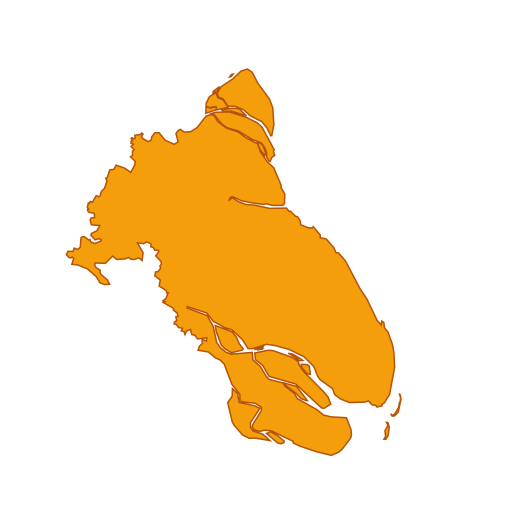 outline of Pyapon, Ayeyarwady, Myanmar, rotated 287°
{"feature_id": "60261553B36201163114452", "entity_name": "Pyapon", "entity_type": "district", "adm_level": 2, "iso_a3": "MMR", "parent_name": "Myanmar", "parent_adm1": "Ayeyarwady", "projection": "orthographic", "projection_center": [95.471, 16.16], "detail": "fine", "context": "isolated", "style": "filled", "palette": "amber", "viewbox_px": 512, "rotation_deg": 287, "n_neighbors": 0, "source": "geoboundaries", "source_scale": "gbopen_adm2", "svg_char_len": 6097}
<svg xmlns="http://www.w3.org/2000/svg" viewBox="0 0 512 512"><g transform="rotate(287 256 256)"><path d="M146.7,247.0L145.9,252.7L143.3,257.2L126.1,270.6L119.0,281.0L113.0,283.0L112.5,285.7L114.9,298.0L113.1,305.2L109.9,306.4L94.0,302.2L91.5,302.3L89.1,305.1L89.5,311.1L92.0,315.3L93.3,322.0L89.6,345.8L88.1,346.2L87.0,353.5L86.5,371.6L87.4,386.3L92.5,392.4L96.5,394.9L109.4,399.7L112.9,399.6L117.9,397.5L127.8,389.8L124.1,374.8L123.7,367.1L126.9,359.0L131.6,337.4L135.8,332.7L140.0,321.7L142.5,318.8L141.8,304.7L143.8,301.1L151.5,292.7L155.7,283.5L162.7,280.6L154.8,260.7L155.2,255.3L158.1,248.5L161.8,243.7L176.1,235.7L184.7,226.8L186.1,205.3L187.6,205.1L187.1,225.5L181.0,234.4L178.3,247.7L178.5,254.3L172.0,267.5L165.1,275.6L166.3,279.6L174.5,291.6L176.0,300.8L176.3,315.2L173.7,331.3L167.2,343.7L158.8,350.3L156.4,353.7L151.5,368.1L146.6,371.6L144.0,378.5L143.2,388.4L148.1,402.7L150.3,406.0L147.6,410.3L148.1,414.5L146.9,415.9L149.5,420.2L151.0,419.8L152.8,421.6L162.7,424.2L190.2,421.1L204.0,416.1L211.3,412.3L221.8,404.5L224.9,399.9L229.9,397.6L230.6,395.3L226.7,395.8L230.0,390.5L247.4,374.5L254.4,365.8L277.5,342.9L283.1,333.9L282.5,331.6L286.8,328.0L292.9,318.0L292.2,312.1L295.0,311.2L300.8,302.1L299.1,301.4L298.3,297.9L298.8,289.8L302.4,288.1L305.6,284.4L305.6,282.1L308.9,275.8L308.3,274.6L310.7,271.1L305.5,254.9L304.2,239.5L302.3,231.6L302.8,223.5L304.7,216.4L300.9,213.6L304.9,214.5L305.9,216.7L304.6,225.6L305.5,235.7L307.5,248.1L308.9,250.3L309.2,256.9L312.2,266.7L314.5,267.9L323.7,265.4L328.8,260.0L331.2,259.2L345.6,247.1L349.1,239.7L356.8,229.8L363.7,224.7L366.2,211.6L369.3,202.9L369.7,190.0L373.4,179.9L377.8,175.1L378.2,171.6L375.1,167.3L361.7,162.2L356.0,157.5L353.5,151.4L355.0,146.5L353.0,144.7L349.6,143.7L342.5,148.1L339.0,145.3L340.1,135.4L345.6,127.2L344.3,123.3L339.7,121.5L335.8,121.8L333.9,119.3L335.3,113.1L336.8,111.5L339.6,112.3L340.2,110.8L338.4,109.9L336.0,104.8L333.2,106.1L332.3,105.1L332.9,102.8L331.9,102.2L330.0,104.3L329.3,103.1L327.3,103.4L327.0,106.0L324.1,104.5L322.0,108.5L320.1,107.2L316.1,108.5L314.2,106.9L311.2,112.8L307.6,113.4L299.4,111.8L301.6,104.8L302.0,95.7L297.3,94.7L295.5,90.9L287.3,90.8L286.5,89.6L284.0,91.6L276.4,91.3L272.7,89.3L268.0,89.4L266.7,88.4L267.0,85.5L259.7,83.9L259.7,81.5L257.8,81.4L257.7,80.2L253.3,80.4L252.0,82.3L251.5,81.3L250.2,81.6L248.9,83.6L249.6,88.5L248.6,89.3L245.6,90.3L244.2,87.3L242.1,86.8L237.7,89.4L239.5,97.8L233.6,96.4L229.4,92.0L227.7,92.0L224.4,97.4L226.7,100.8L226.3,103.1L225.0,103.4L220.8,98.1L221.2,93.6L223.1,92.6L222.4,91.3L224.3,86.2L223.4,84.1L222.3,83.3L212.9,85.4L210.1,83.3L210.4,79.8L206.8,79.6L205.5,74.8L201.8,74.3L200.0,77.5L199.9,79.5L201.3,80.4L200.4,82.3L194.2,82.3L195.3,87.7L194.5,98.3L189.6,109.2L184.7,114.7L184.5,119.8L186.1,124.3L189.7,120.9L192.7,113.8L194.4,111.7L196.8,111.2L198.2,106.4L200.1,104.4L202.3,104.3L204.9,114.0L214.0,119.0L211.9,123.8L215.0,131.7L217.4,134.6L216.4,136.6L216.9,140.3L220.0,144.6L218.3,148.4L226.1,147.1L233.9,138.7L235.0,145.1L237.5,147.2L237.3,150.6L236.5,152.3L234.1,152.6L234.0,155.5L231.9,157.4L233.0,160.8L231.7,161.8L226.9,160.0L222.9,166.9L220.5,167.9L218.4,167.0L216.3,168.3L212.4,167.0L211.4,164.6L207.4,165.0L205.1,171.4L198.8,172.3L196.9,179.9L194.5,181.8L195.0,182.7L189.1,182.3L185.9,180.1L185.7,182.4L184.4,181.0L181.8,192.4L180.0,192.9L178.5,197.1L175.6,199.0L174.4,197.1L171.0,199.1L169.1,197.3L167.0,197.6L167.2,199.9L165.0,202.7L165.4,206.9L162.5,206.4L162.8,209.2L160.1,211.1L164.0,211.6L166.7,214.8L162.0,217.6L162.4,220.5L159.6,224.3L163.4,232.8L160.1,233.5L160.5,228.9L156.6,230.1L153.0,228.2L148.9,228.2L150.3,238.7L146.7,247.0ZM375.6,235.9L386.8,234.7L402.8,228.6L409.9,223.1L421.6,207.5L430.6,198.6L432.3,193.2L428.3,187.5L418.6,182.1L407.7,173.1L400.7,171.4L397.0,173.5L396.7,178.6L391.1,185.4L393.1,192.1L392.2,201.3L388.4,209.6L386.2,222.3L381.7,229.0L375.3,234.9L375.6,235.9ZM136.2,370.8L142.0,366.3L145.8,360.7L159.3,335.5L164.6,328.9L167.3,327.3L169.6,320.4L170.5,299.8L169.4,295.2L162.9,283.2L156.7,285.8L153.3,294.4L144.7,303.7L145.2,331.4L129.9,363.1L130.2,365.5L136.2,370.8ZM363.1,242.2L381.0,224.0L383.8,217.8L385.7,206.7L386.0,188.5L381.6,175.3L379.1,171.6L378.9,174.7L372.3,184.7L370.2,191.1L370.5,202.4L366.4,217.9L365.7,228.2L362.3,232.6L358.0,235.9L353.5,237.3L350.4,241.0L350.5,241.9L354.7,242.3L357.9,244.5L360.7,242.3L363.1,242.2ZM115.0,274.2L107.5,271.8L90.9,281.5L88.2,283.9L80.9,295.5L79.7,302.6L81.6,308.5L83.6,323.3L87.7,314.4L87.8,304.2L90.4,300.9L94.9,299.4L111.5,304.3L112.4,298.4L111.0,282.7L118.9,278.8L122.3,272.2L115.0,274.2ZM163.4,270.9L167.4,265.5L172.8,260.9L176.5,255.1L177.6,237.4L172.0,240.1L160.7,248.8L158.2,253.4L156.3,260.7L162.0,270.4L163.4,270.9ZM390.0,185.8L395.6,179.0L396.2,173.3L400.4,169.9L394.9,164.9L387.7,163.7L384.3,164.5L384.6,166.1L384.2,169.1L384.8,169.2L385.7,170.5L387.2,174.0L384.5,176.2L390.0,185.8ZM132.7,347.4L143.1,332.9L142.8,320.1L140.8,322.6L136.4,334.4L132.8,340.7L132.4,346.2L132.7,347.4ZM87.2,337.1L90.4,329.5L92.1,321.5L89.4,317.9L83.6,331.1L83.7,334.6L85.7,337.3L87.2,337.1ZM387.3,205.9L391.9,196.8L390.7,191.1L386.4,181.2L385.4,180.8L384.8,182.2L387.4,190.5L387.3,205.9ZM158.8,342.6L166.3,339.1L167.1,336.6L165.6,330.8L162.0,333.2L158.4,339.8L158.8,342.6ZM357.7,235.0L363.7,230.1L365.2,226.7L364.7,224.3L358.9,228.7L354.6,235.0L357.7,235.0ZM384.4,175.5L387.0,173.9L384.0,169.1L384.2,164.6L377.8,166.3L384.4,175.5ZM135.2,430.8L135.0,429.4L132.9,431.7L126.6,430.4L121.4,432.7L118.2,431.9L118.6,433.7L122.7,434.8L131.2,433.6L135.2,430.8ZM145.0,434.7L143.4,432.8L144.6,430.9L142.7,433.0L143.6,435.3L148.4,437.7L160.7,436.6L162.9,435.9L165.2,434.6L166.3,433.2L162.6,435.8L156.7,436.8L157.2,436.1L152.7,436.7L145.0,434.7ZM407.2,171.5L401.0,167.0L399.5,167.1L402.3,170.8L407.2,171.5ZM171.4,326.0L172.9,319.7L172.4,315.3L170.5,323.8L171.4,326.0ZM169.8,331.3L171.0,327.9L170.0,324.1L168.4,327.6L169.8,331.3ZM171.7,289.4L168.2,283.5L166.0,281.7L170.3,289.0L171.7,289.4ZM423.3,181.0L422.4,179.3L419.5,178.4L420.6,180.0L423.3,181.0ZM170.3,290.1L169.4,289.1L166.3,284.3L168.8,289.3L170.3,290.1Z" fill="#f59e0b" stroke="#b45309" stroke-width="1.5"/></g></svg>